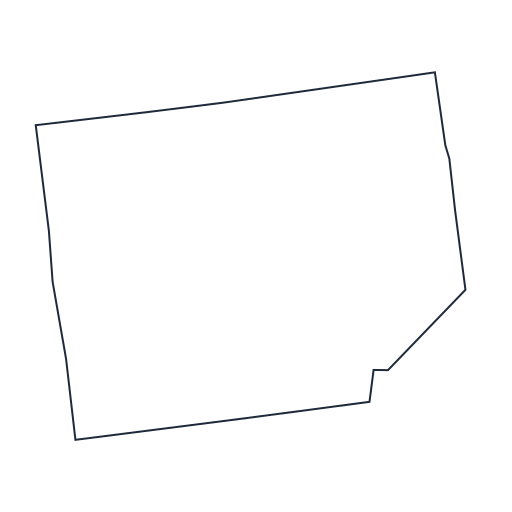 Washington, Missouri, United States of America (Natural Earth projection), rotated 82°
{"feature_id": "52423323B51296070216913", "entity_name": "Washington", "entity_type": "district", "adm_level": 2, "iso_a3": "USA", "parent_name": "United States of America", "parent_adm1": "Missouri", "projection": "natural_earth1", "projection_center": [-90.869, 37.97], "detail": "fine", "context": "isolated", "style": "outline", "palette": "slate", "viewbox_px": 512, "rotation_deg": 82, "n_neighbors": 0, "source": "geoboundaries", "source_scale": "gbopen_adm2", "svg_char_len": 371}
<svg xmlns="http://www.w3.org/2000/svg" viewBox="0 0 512 512"><g transform="rotate(82 256 256)"><path d="M95.8,455.9L202.3,457.6L253.2,461.0L331.4,458.4L412.9,460.4L415.2,286.1L415.3,273.7L416.2,163.9L385.2,155.4L387.4,141.2L318.6,53.3L238.4,52.5L186.4,51.0L172.9,53.1L99.0,53.3L99.6,266.9L98.4,342.4L95.8,455.9Z" fill="none" stroke="#1e293b" stroke-width="2"/></g></svg>